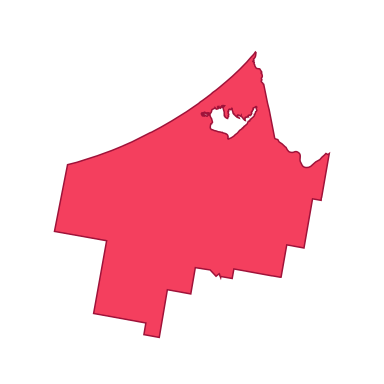 Coorong, South Australia, Australia (Equal Earth projection), rotated 100°
{"feature_id": "25037944B88075036338207", "entity_name": "Coorong", "entity_type": "district", "adm_level": 2, "iso_a3": "AUS", "parent_name": "Australia", "parent_adm1": "South Australia", "projection": "equal_earth", "projection_center": [139.321, -35.718], "detail": "fine", "context": "isolated", "style": "filled", "palette": "rose", "viewbox_px": 384, "rotation_deg": 100, "n_neighbors": 0, "source": "geoboundaries", "source_scale": "gbopen_adm2", "svg_char_len": 5976}
<svg xmlns="http://www.w3.org/2000/svg" viewBox="0 0 384 384"><g transform="rotate(100 192 192)"><path d="M43.1,153.9L45.7,155.1L49.0,157.3L54.7,160.7L62.9,166.3L71.0,172.3L77.3,177.4L83.9,182.9L87.7,186.2L90.1,188.6L93.2,191.1L100.0,197.5L101.8,199.4L103.7,200.9L114.0,211.4L125.2,223.9L133.6,233.9L140.2,242.3L140.8,243.4L153.0,259.7L160.0,270.2L165.0,278.1L172.8,291.6L182.8,310.6L186.7,319.3L254.7,320.6L254.8,267.6L328.7,267.8L329.0,214.7L340.8,214.6L340.9,199.0L292.5,199.3L292.6,175.5L265.9,175.6L265.8,170.2L265.7,170.0L265.8,169.1L265.6,160.6L270.8,153.7L267.7,151.0L268.2,150.5L269.0,150.4L271.3,148.9L270.2,148.9L270.2,137.4L260.5,137.4L260.7,98.5L260.6,98.3L260.6,90.4L260.4,89.5L227.6,89.5L227.7,72.0L177.8,72.1L177.8,63.4L175.2,63.6L174.8,63.4L130.3,63.5L131.5,64.6L130.8,66.8L132.5,67.9L135.2,70.1L137.9,71.7L140.9,75.4L146.2,79.6L147.5,81.5L148.1,83.9L148.1,85.3L147.7,86.7L146.9,87.9L143.3,90.6L141.8,91.2L138.2,91.6L136.9,91.9L135.8,92.5L134.8,93.7L134.2,95.3L134.1,96.4L134.3,97.4L135.3,99.1L135.6,100.0L135.8,101.5L135.6,103.1L135.3,103.8L133.9,105.5L131.7,107.2L131.4,108.0L129.0,111.6L127.6,114.8L126.8,115.6L126.0,116.1L125.5,116.7L125.2,119.0L125.0,119.6L124.4,120.0L97.8,130.2L91.5,133.0L73.7,140.0L73.8,140.2L72.7,141.0L71.3,142.9L70.6,143.1L69.8,142.7L69.3,142.7L69.0,142.8L69.0,143.1L68.2,143.4L67.2,143.3L66.5,142.8L65.5,142.9L63.5,143.7L63.3,144.3L62.8,144.6L62.4,144.3L61.8,144.1L59.0,146.7L59.1,149.7L58.5,150.7L56.9,152.0L55.8,152.4L54.9,153.2L53.5,153.2L53.2,153.4L53.2,154.3L52.8,154.8L52.3,154.6L52.1,154.1L51.8,153.9L51.4,153.9L50.7,154.4L50.3,154.5L49.7,153.9L48.5,153.3L47.0,153.0L43.6,153.2L43.1,153.9ZM96.9,144.2L96.7,143.6L97.0,143.4L97.1,143.0L97.7,143.0L97.8,143.4L98.2,143.5L100.3,142.3L101.3,142.6L102.0,143.3L103.1,143.3L104.2,143.5L104.7,144.1L105.2,143.8L106.6,144.1L107.8,144.9L108.1,145.4L108.7,145.6L109.6,146.6L110.5,146.8L111.0,147.5L112.1,147.5L112.3,147.7L112.3,148.5L112.7,148.9L115.0,149.4L116.1,150.0L116.6,150.6L117.1,150.8L117.7,151.5L118.2,151.7L118.3,152.0L118.6,152.0L119.0,152.3L119.0,152.5L119.6,152.7L119.8,153.0L120.0,152.9L120.3,153.5L121.0,153.7L121.3,154.2L121.7,154.3L122.6,155.4L123.4,156.0L126.1,157.5L128.2,159.5L129.2,160.1L130.7,161.5L132.0,163.0L132.9,164.5L133.3,164.9L132.9,165.3L133.4,165.6L133.3,166.0L132.4,166.0L131.3,166.3L130.8,166.1L130.3,166.6L129.6,167.0L129.0,168.0L128.9,168.1L129.0,168.3L128.5,169.7L128.5,171.0L128.3,171.8L128.3,172.2L128.0,172.5L128.2,173.6L128.1,173.9L128.0,174.7L128.1,176.7L127.7,178.6L127.6,180.9L127.2,182.3L127.1,183.1L127.2,183.3L126.4,184.8L125.6,185.0L125.2,185.3L122.2,185.4L121.7,185.3L121.6,184.9L121.4,184.9L121.3,184.5L120.9,184.5L119.7,183.9L116.3,185.5L115.4,186.4L114.4,187.1L113.6,187.5L112.6,187.7L112.5,188.2L113.3,188.2L113.1,188.7L113.1,188.9L112.9,188.9L113.0,189.2L112.8,189.5L113.6,189.4L114.3,190.0L114.8,190.2L114.8,191.2L114.4,191.5L114.0,191.3L114.0,191.1L113.9,191.6L114.0,192.0L114.3,192.2L114.3,193.0L114.8,192.8L115.2,193.1L115.1,193.5L115.2,194.5L114.8,194.4L114.8,194.6L115.0,194.9L114.9,195.2L114.5,195.4L114.4,195.7L114.0,195.7L114.2,195.8L113.6,196.3L113.2,196.4L112.2,195.9L112.2,195.6L112.5,195.4L112.9,195.5L112.8,195.2L113.1,194.8L112.8,194.7L112.5,194.9L112.4,194.6L112.2,195.0L111.9,194.5L112.0,194.5L111.8,194.2L111.8,193.8L111.4,193.8L111.2,193.5L111.3,193.1L111.7,192.9L111.5,192.5L111.8,192.2L111.9,192.4L112.1,192.2L111.8,191.9L111.8,191.7L111.6,191.3L112.2,191.4L112.7,190.3L112.3,190.0L111.7,190.4L111.8,189.7L111.3,189.8L111.1,189.6L111.1,189.4L111.5,189.4L111.7,189.1L111.4,188.7L111.4,188.3L111.6,188.0L111.5,187.7L111.2,187.4L110.1,186.9L108.8,186.7L108.0,186.8L107.2,186.5L107.1,186.0L106.1,185.2L105.9,184.5L105.5,184.4L105.4,183.9L105.0,183.9L106.2,182.5L105.9,182.0L105.7,181.0L105.1,180.5L104.7,180.9L104.6,180.6L104.8,180.6L104.6,180.5L104.4,179.9L104.2,180.2L103.9,181.0L103.5,181.5L103.3,181.4L103.4,180.9L103.7,180.6L103.3,180.4L103.9,180.1L104.0,179.8L104.0,179.3L103.5,178.8L103.5,178.5L103.7,178.4L104.2,178.8L104.5,178.7L104.7,177.9L104.6,178.5L104.4,178.3L103.9,178.4L103.4,178.0L103.1,178.1L102.7,178.0L102.6,177.9L102.7,177.7L103.1,177.8L103.2,177.4L102.6,177.5L102.4,177.2L102.2,177.3L102.3,176.8L101.6,176.6L101.6,176.8L101.4,176.6L101.4,176.1L101.6,176.4L102.0,176.4L101.9,176.1L101.7,176.0L101.8,175.8L101.7,175.3L101.5,175.0L101.5,174.9L102.2,175.3L101.9,175.5L102.1,176.3L102.4,176.4L102.5,176.1L102.8,176.0L103.5,176.2L107.8,174.1L108.8,174.0L110.0,173.6L110.5,173.7L111.5,173.3L111.6,172.7L112.2,172.6L112.7,172.0L113.4,170.2L113.4,169.7L112.4,169.7L111.3,169.1L110.7,169.4L110.6,169.6L110.3,169.7L109.6,169.2L108.8,169.4L108.4,170.0L107.9,170.2L106.6,169.9L106.5,170.1L106.8,170.2L106.7,170.5L106.3,170.6L106.1,170.5L106.1,170.4L105.9,170.1L105.3,170.1L104.5,170.2L103.9,169.6L104.1,168.7L104.3,168.6L104.2,168.4L103.5,167.9L103.7,167.5L103.3,167.5L103.5,167.3L103.1,166.9L104.7,166.5L105.9,165.7L106.4,165.6L107.2,165.1L107.4,164.7L107.6,164.9L108.4,164.0L109.3,162.4L109.6,162.3L109.7,161.6L110.1,161.3L110.6,160.4L110.5,160.2L110.8,159.4L111.0,158.4L110.7,158.6L109.9,160.7L108.4,160.5L108.1,160.1L108.1,159.3L108.5,159.1L108.6,158.5L108.4,158.0L109.0,157.0L108.8,157.2L108.2,156.9L109.1,156.8L109.6,155.5L111.2,154.0L111.4,153.4L111.7,153.2L111.7,152.7L111.9,152.4L112.2,152.4L112.3,151.9L112.0,152.0L111.7,152.4L111.1,152.4L110.7,152.8L110.3,152.7L110.2,152.6L110.4,152.5L110.3,152.4L109.5,152.2L109.4,152.5L109.1,152.4L109.1,151.9L108.7,151.2L108.9,150.8L107.8,150.2L107.7,149.9L107.9,149.6L107.0,149.9L106.7,149.7L106.3,149.1L106.5,148.9L106.6,148.1L106.2,148.1L105.8,147.2L105.3,147.0L104.9,147.2L104.1,146.9L103.8,147.1L103.7,146.9L103.0,147.4L102.4,147.1L102.1,146.7L101.4,146.7L101.1,146.4L99.8,145.9L99.2,146.0L99.4,146.3L98.9,146.3L98.5,146.2L98.5,145.8L97.5,144.7L97.4,144.4L96.9,144.2ZM113.6,193.5L113.2,193.6L113.1,193.9L112.4,194.3L112.9,194.1L113.1,194.3L113.5,194.3L113.6,194.1L113.5,193.7L113.6,193.5Z" fill="#f43f5e" stroke="#9f1239" stroke-width="1.5"/></g></svg>